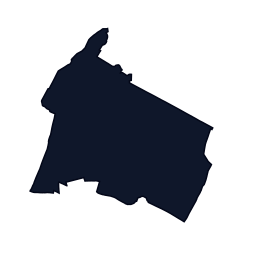 the district of Tamaseu, Bihor, Romania, rotated 17°
{"feature_id": "2599482B83424539586543", "entity_name": "Tamaseu", "entity_type": "district", "adm_level": 2, "iso_a3": "ROU", "parent_name": "Romania", "parent_adm1": "Bihor", "projection": "orthographic", "projection_center": [21.899, 47.224], "detail": "fine", "context": "isolated", "style": "filled", "palette": "ink", "viewbox_px": 256, "rotation_deg": 17, "n_neighbors": 0, "source": "geoboundaries", "source_scale": "gbopen_adm2", "svg_char_len": 4987}
<svg xmlns="http://www.w3.org/2000/svg" viewBox="0 0 256 256"><g transform="rotate(17 128 128)"><path d="M75.6,212.0L75.4,210.6L75.2,209.9L75.3,209.6L75.4,209.4L76.3,209.6L76.7,209.7L77.0,209.7L77.7,209.8L78.5,209.9L79.0,210.0L81.1,210.4L80.6,209.0L80.1,207.9L79.5,206.2L78.9,204.7L78.5,203.4L78.4,203.3L78.4,203.2L78.0,201.9L77.8,201.5L77.6,201.1L77.9,199.9L78.4,200.0L81.2,200.4L81.4,200.4L81.8,200.4L86.2,201.1L86.4,201.0L84.4,198.0L100.2,188.3L102.4,191.3L102.6,191.2L103.3,190.9L103.9,190.7L109.0,189.0L110.3,188.7L111.6,188.3L112.2,188.0L112.6,187.8L116.5,187.4L116.5,187.6L116.6,191.4L116.7,198.1L118.0,198.8L118.8,198.9L119.1,199.0L121.7,199.1L123.4,199.1L123.8,199.0L124.7,198.9L125.4,198.9L130.9,198.2L132.0,198.1L132.4,198.2L132.8,198.2L134.5,198.2L135.1,198.3L135.8,198.3L136.1,198.4L136.4,198.4L140.3,199.5L144.1,200.3L147.0,200.8L147.5,201.1L150.0,201.2L151.1,200.8L152.0,200.5L153.1,200.2L153.5,199.9L153.8,199.7L154.8,198.9L155.6,198.2L155.8,197.9L156.4,196.8L156.6,195.7L157.6,195.6L157.7,195.1L157.7,194.4L157.8,192.9L157.7,192.8L157.6,192.3L158.0,192.0L158.5,191.4L159.2,191.1L159.9,190.6L160.3,190.1L160.7,189.7L161.5,189.2L162.0,189.0L162.6,188.9L164.3,189.2L166.0,189.6L166.1,189.8L167.0,191.0L167.5,191.8L169.4,192.7L169.3,193.2L174.6,194.0L177.0,194.4L179.7,194.8L179.9,194.8L180.4,194.9L181.3,195.0L181.8,195.1L182.4,195.2L183.5,195.3L183.9,195.4L188.4,196.2L189.5,196.4L193.3,197.2L198.5,198.5L203.1,199.7L206.2,200.4L207.2,200.7L208.3,201.0L209.1,201.2L210.3,197.5L210.6,196.1L211.3,191.7L214.1,178.6L214.3,177.8L214.3,177.0L214.5,175.9L214.5,175.3L214.3,175.2L214.4,174.4L214.5,174.3L214.6,174.0L214.8,173.1L215.0,172.0L215.3,170.9L215.4,170.3L215.6,169.9L215.6,169.4L215.7,169.0L215.8,168.7L215.9,167.6L216.0,167.1L215.9,167.1L216.2,166.0L216.1,165.8L216.2,165.0L216.2,164.1L216.2,163.1L216.3,162.4L216.3,162.2L216.5,161.4L217.2,160.1L217.3,159.9L217.4,159.1L217.6,155.3L217.6,154.5L217.5,151.6L217.3,149.1L217.2,146.9L217.1,145.5L217.2,145.2L217.7,142.8L218.2,140.6L218.4,139.1L218.5,138.6L218.2,138.4L216.9,137.8L215.5,137.1L214.3,136.5L213.8,136.0L212.8,135.1L211.5,134.0L210.0,132.7L208.7,131.6L208.3,131.2L208.0,130.9L207.3,125.9L206.7,121.0L206.7,118.5L206.9,114.7L207.0,112.1L207.0,110.7L207.2,105.2L207.2,104.6L208.7,104.9L208.8,104.3L208.9,103.8L209.0,103.4L209.0,103.1L207.0,102.7L202.0,101.7L198.5,101.0L197.7,100.8L196.9,100.7L194.1,100.2L189.8,99.2L186.5,98.5L178.8,96.9L171.9,95.4L159.1,92.8L156.2,92.2L151.7,91.4L144.9,90.0L140.8,89.2L135.2,88.2L130.3,87.2L121.5,85.5L116.2,84.4L115.6,82.5L117.2,81.5L115.6,75.7L115.3,75.7L114.1,76.1L113.4,76.4L113.0,76.9L112.5,77.5L112.0,77.9L111.4,78.2L110.9,78.1L110.2,77.7L109.5,77.6L108.7,77.3L108.0,77.2L107.0,76.8L106.1,76.7L105.6,76.8L105.1,77.1L104.7,77.4L104.7,76.6L104.6,76.0L104.6,75.6L104.8,75.3L105.2,74.7L105.3,74.3L105.1,73.8L104.1,73.5L103.6,72.7L102.9,72.5L102.7,71.9L102.3,71.4L101.7,70.9L101.1,70.6L100.6,70.4L100.4,70.6L100.1,70.9L99.4,70.8L99.0,71.1L98.1,71.6L97.9,71.9L97.3,73.0L96.5,73.3L95.2,73.5L94.6,73.5L94.3,73.4L90.7,72.4L90.4,72.3L89.4,72.0L89.0,72.0L85.3,71.0L83.6,70.6L83.3,70.5L82.1,70.2L80.9,69.9L79.7,69.6L77.5,69.0L77.5,68.9L77.5,68.4L78.4,65.1L78.4,64.4L78.6,63.8L78.8,63.5L79.2,62.1L77.7,61.7L78.0,60.8L79.5,55.5L80.2,55.7L81.2,54.7L81.5,54.3L82.1,52.8L82.2,51.3L81.9,51.0L81.7,50.5L81.9,49.2L81.9,47.4L81.5,45.9L80.8,44.9L79.2,43.2L80.7,41.7L79.6,39.3L79.4,38.9L79.3,39.0L79.1,39.4L78.8,39.4L78.4,39.4L77.5,39.7L75.0,40.5L74.3,41.3L73.4,42.7L71.9,44.3L70.8,45.6L69.7,47.3L68.9,48.3L68.1,49.3L66.6,51.7L65.9,52.8L64.8,55.0L64.4,57.9L63.9,61.3L63.6,63.8L61.4,68.0L58.7,70.7L57.6,71.8L56.4,74.0L54.9,77.0L54.8,77.6L54.4,77.7L54.3,78.0L54.1,78.8L53.9,79.1L54.0,79.4L54.4,80.3L54.6,81.2L54.4,82.3L54.0,83.2L53.8,84.0L53.6,84.2L52.4,84.9L49.5,88.4L46.0,92.3L44.7,93.9L44.1,97.1L43.3,101.9L42.5,106.4L41.6,110.9L41.3,113.2L40.1,113.8L39.8,115.2L39.1,118.7L38.3,122.7L37.5,126.6L37.5,127.6L38.8,129.9L39.6,131.4L40.1,131.7L40.8,131.8L42.1,131.9L43.2,132.4L44.1,132.9L44.8,133.2L45.3,133.3L46.9,133.5L47.5,133.6L47.9,134.1L48.4,134.9L48.7,135.1L49.3,135.2L50.7,135.4L54.2,135.7L54.7,140.4L54.8,142.7L54.9,145.1L55.0,146.9L55.2,149.6L55.7,154.0L56.0,157.1L55.8,158.7L55.7,161.1L55.7,162.2L55.9,164.0L56.3,165.0L56.4,165.3L56.7,167.9L57.0,172.0L56.8,174.0L56.5,177.6L56.1,182.9L55.8,187.8L55.8,188.7L55.7,191.8L55.7,192.8L55.4,195.0L55.3,195.6L55.1,197.7L54.6,202.1L54.3,206.0L54.2,207.1L54.2,208.3L54.3,208.4L54.3,208.6L54.1,209.4L54.1,209.7L54.0,210.0L53.9,210.4L53.9,210.5L53.7,211.5L53.7,212.0L53.7,212.4L53.6,212.7L53.6,213.1L53.3,215.0L53.3,215.4L52.9,215.9L52.9,216.0L52.9,216.5L52.8,216.9L53.3,217.0L54.6,217.1L54.9,217.1L56.0,217.1L56.4,217.1L57.5,216.9L58.1,216.8L58.4,216.6L59.6,216.3L60.7,216.0L62.0,215.7L63.0,215.5L63.7,215.3L64.3,215.1L64.9,215.0L65.6,214.7L66.6,214.4L66.9,214.3L67.1,214.3L68.1,213.9L68.4,213.8L68.9,213.6L69.4,213.3L69.9,213.2L70.3,213.1L70.8,213.0L71.9,212.7L73.6,212.4L75.6,212.0Z" fill="#0f172a" stroke="#020617" stroke-width="1.5"/></g></svg>